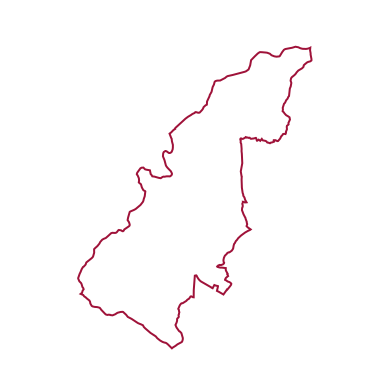 Copsa Mica, Sibiu, Romania (Albers equal-area conic projection), rotated 277°
{"feature_id": "2599482B61193190522325", "entity_name": "Copsa Mica", "entity_type": "district", "adm_level": 2, "iso_a3": "ROU", "parent_name": "Romania", "parent_adm1": "Sibiu", "projection": "albers", "projection_center": [24.264, 46.118], "detail": "fine", "context": "isolated", "style": "outline", "palette": "rose", "viewbox_px": 384, "rotation_deg": 277, "n_neighbors": 0, "source": "geoboundaries", "source_scale": "gbopen_adm2", "svg_char_len": 6005}
<svg xmlns="http://www.w3.org/2000/svg" viewBox="0 0 384 384"><g transform="rotate(277 192 192)"><path d="M349.6,291.8L349.3,291.4L348.4,289.5L348.1,288.4L347.9,287.8L347.6,284.2L347.9,282.0L348.6,279.9L348.8,277.0L347.4,273.9L345.3,267.3L344.8,266.5L344.3,265.9L341.9,264.5L337.7,262.6L337.3,262.2L336.8,260.3L336.6,259.2L336.7,257.1L337.4,254.4L338.0,253.4L338.7,252.5L339.4,249.6L339.4,248.3L339.3,245.0L339.2,243.1L339.0,242.1L337.5,240.4L334.3,237.8L330.1,234.6L324.7,234.3L320.5,233.2L318.4,230.9L317.8,229.8L313.1,218.1L311.4,213.3L310.7,212.3L309.2,210.9L306.1,206.4L305.6,203.3L305.0,201.9L304.7,201.5L303.9,201.0L301.4,200.7L298.6,199.7L293.8,199.2L290.4,197.8L289.2,197.7L283.7,195.9L280.5,196.1L279.7,194.9L277.7,193.2L275.9,192.7L274.6,192.0L272.0,190.1L271.7,189.8L271.4,188.5L271.8,186.0L271.3,185.2L270.8,185.0L269.5,182.9L268.2,181.5L266.2,178.9L264.0,176.6L253.7,167.8L252.6,167.2L252.4,167.4L251.2,166.0L248.4,163.9L247.2,162.6L243.2,164.7L242.4,165.3L239.9,165.9L236.4,167.3L233.6,167.6L232.0,167.6L229.6,167.0L228.9,166.6L228.0,165.3L227.9,164.6L228.0,164.1L229.1,162.2L229.5,161.0L229.4,160.5L228.2,159.1L226.9,158.7L223.9,158.8L220.3,160.8L215.3,162.8L214.3,163.5L213.1,164.7L210.0,168.5L208.5,169.5L207.7,169.9L207.1,169.9L206.0,169.5L204.8,168.2L204.6,165.8L204.4,164.7L203.8,162.8L203.8,161.9L203.4,161.0L201.9,159.3L201.9,159.0L202.0,157.2L202.7,152.8L202.7,150.7L203.7,150.0L204.8,148.8L208.4,147.6L208.6,143.9L208.8,142.6L210.3,140.8L210.0,139.1L209.2,137.9L204.5,135.3L203.0,135.0L202.5,135.3L201.9,136.0L199.1,137.6L196.7,138.1L195.1,138.0L194.4,138.8L193.6,140.2L193.2,140.5L190.4,141.7L188.0,143.4L187.7,143.8L187.3,145.1L186.9,145.6L182.0,145.6L179.3,145.0L177.3,144.8L176.1,144.4L172.8,142.4L168.3,138.2L167.2,136.7L165.1,133.1L164.6,132.6L158.9,131.7L156.3,131.5L154.4,133.1L153.2,133.7L151.8,134.2L151.0,134.1L150.3,133.6L146.6,129.4L145.3,128.9L144.7,128.3L144.6,127.7L145.3,126.3L145.4,124.0L145.0,123.5L143.0,122.3L142.4,121.7L142.0,120.7L141.8,118.0L141.3,116.8L137.9,113.9L135.8,112.0L134.7,110.0L133.7,108.7L131.2,107.0L129.5,106.4L126.8,104.7L124.4,102.6L123.3,101.8L119.8,102.3L116.1,101.7L115.3,101.4L114.1,100.5L109.3,95.8L108.5,95.5L107.2,95.3L106.6,95.0L104.6,93.5L104.2,92.9L101.9,91.9L98.9,91.1L97.2,90.5L92.6,89.5L92.0,89.7L89.6,91.1L88.2,92.9L87.2,93.6L84.4,94.8L83.2,95.9L82.2,96.3L80.8,95.5L78.5,95.1L77.3,93.9L76.5,96.6L75.3,97.7L74.9,98.4L74.7,99.0L73.5,100.6L71.8,103.4L70.6,104.2L68.9,104.7L66.9,106.2L66.5,106.8L66.3,107.4L66.1,109.4L66.2,112.0L66.0,113.6L65.8,114.5L65.4,115.0L64.0,116.3L60.4,120.7L60.0,121.3L59.8,122.0L59.7,123.2L60.1,124.3L60.1,125.7L59.9,125.9L59.9,128.2L61.3,130.7L63.0,132.7L63.5,133.9L64.2,135.7L64.6,137.6L64.5,138.3L62.2,141.5L60.2,143.5L58.7,147.5L55.3,154.3L54.8,156.0L54.4,157.6L53.7,159.6L52.2,160.6L51.0,162.1L47.0,168.1L44.3,173.6L42.6,175.4L40.7,178.5L39.6,181.1L39.2,183.0L39.1,184.3L38.8,185.1L38.0,186.4L34.4,191.1L35.2,191.8L37.3,194.4L39.0,196.1L41.6,199.8L42.1,200.3L43.1,200.6L44.4,200.8L45.9,200.7L50.6,198.7L52.0,197.1L52.1,196.6L52.5,196.0L55.7,193.1L58.0,191.8L60.5,192.6L62.4,192.9L64.1,192.7L64.6,192.8L65.8,193.8L66.5,194.1L68.2,193.6L68.8,193.9L69.9,193.9L71.1,194.1L72.5,193.5L73.3,193.4L74.3,192.6L78.1,193.7L79.5,194.5L80.2,195.1L80.5,196.3L83.2,199.6L84.5,200.5L85.8,202.1L88.1,203.3L88.3,203.8L88.3,204.3L87.9,205.0L87.7,205.7L87.7,206.5L94.8,205.7L109.3,205.0L109.8,206.3L109.5,206.8L109.1,206.9L106.6,208.9L105.3,210.3L104.3,211.8L99.6,222.9L99.4,223.0L99.0,224.2L102.4,225.5L102.0,227.0L101.8,229.2L101.4,229.3L96.9,228.8L96.2,230.8L94.1,235.7L99.3,238.5L99.1,238.7L99.5,239.0L103.0,241.2L104.7,242.1L105.7,242.2L106.6,241.3L107.2,239.9L107.5,238.4L108.6,236.3L108.7,235.6L108.9,235.5L110.2,235.8L111.1,236.3L113.0,238.1L114.7,237.0L115.1,237.4L118.2,235.2L119.4,234.9L120.6,234.8L120.6,230.9L120.4,229.2L120.6,227.3L120.8,226.3L121.1,226.1L121.3,226.5L122.1,226.8L122.3,227.1L123.0,228.3L123.0,229.7L124.0,231.6L124.8,232.3L125.3,232.5L125.8,232.5L126.2,232.0L128.2,231.5L130.6,231.7L132.8,232.4L134.9,234.1L135.5,234.3L136.5,235.5L136.5,236.1L137.1,237.0L138.7,238.7L140.8,239.7L144.2,239.9L145.7,240.2L146.4,240.7L148.6,241.5L150.1,242.6L151.7,243.4L154.8,246.0L158.3,249.7L160.1,252.1L161.4,254.2L162.0,254.8L163.6,251.8L164.6,250.5L164.8,250.3L166.6,250.7L167.4,250.5L168.1,250.1L169.0,250.0L171.9,248.5L173.2,248.0L173.8,247.4L175.0,246.7L175.9,246.0L180.1,243.8L182.2,243.7L183.6,244.1L185.3,243.9L186.2,243.4L186.9,243.4L188.0,244.0L188.5,243.8L188.5,244.4L188.1,245.4L188.2,246.7L188.4,247.4L190.7,245.7L193.0,244.7L194.5,243.4L195.9,243.1L197.2,242.4L202.3,241.0L210.4,239.7L213.2,239.5L213.2,239.4L218.4,237.9L226.7,238.4L236.1,236.8L238.6,236.2L240.8,236.0L244.7,235.2L245.7,235.0L247.1,234.2L249.0,234.1L249.7,233.6L250.4,233.5L250.9,233.7L251.2,234.1L250.8,235.3L251.0,236.1L251.3,236.7L252.0,237.5L252.3,238.1L253.1,238.6L253.0,239.1L252.6,239.8L252.9,240.6L252.6,241.6L252.9,242.6L252.1,243.6L252.0,244.1L252.7,246.9L253.5,248.8L253.3,249.1L251.3,249.9L250.8,250.3L250.9,250.6L252.1,251.8L251.1,253.5L253.2,254.8L251.9,255.9L251.7,258.6L251.3,259.7L250.4,260.5L250.2,261.5L250.3,261.9L249.9,263.3L249.9,263.5L250.6,264.2L251.0,265.5L252.0,267.4L252.4,267.5L253.3,266.8L253.5,267.0L253.4,267.5L253.6,268.6L252.9,270.4L253.1,271.2L255.8,273.0L257.7,273.6L258.4,273.9L259.2,274.7L260.4,275.1L260.6,275.4L261.0,276.4L260.9,277.7L261.5,277.8L262.1,278.1L263.2,277.9L265.9,278.6L268.2,278.1L269.3,278.2L270.8,279.6L272.3,279.3L275.8,280.4L278.0,279.7L278.4,279.0L278.9,278.0L279.7,276.1L281.4,274.1L282.2,273.5L283.2,272.1L284.9,272.2L286.6,271.8L290.8,272.6L292.0,273.5L294.6,274.3L296.3,275.5L297.9,275.9L299.1,276.6L306.6,276.5L308.7,277.1L312.0,277.3L312.7,277.2L314.4,276.3L316.3,276.4L317.0,276.5L318.1,277.1L320.6,279.5L322.1,280.6L323.4,281.2L325.5,282.7L328.2,286.2L329.8,287.4L331.4,287.5L332.3,288.2L334.7,290.5L335.3,291.5L336.1,293.5L337.1,294.5L338.4,294.4L342.8,293.0L344.2,292.8L347.1,291.9L349.6,291.8Z" fill="none" stroke="#9f1239" stroke-width="2"/></g></svg>